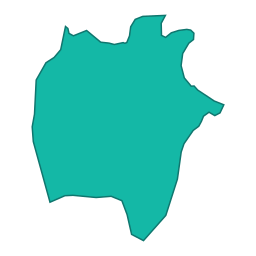 outline of Ekiti
{"feature_id": "NGA-2854", "entity_name": "Ekiti", "entity_type": "State", "adm_level": 1, "iso_a3": "NGA", "parent_name": "Nigeria", "parent_adm1": "", "projection": "equal_earth", "projection_center": [5.414, 7.675], "detail": "fine", "context": "isolated", "style": "filled", "palette": "teal", "viewbox_px": 256, "rotation_deg": 0, "n_neighbors": 0, "source": "natural_earth", "source_scale": "10m", "svg_char_len": 823}
<svg xmlns="http://www.w3.org/2000/svg" viewBox="0 0 256 256"><path d="M165.4,15.4L161.2,23.3L161.5,35.4L165.6,37.4L171.3,32.8L178.9,30.4L186.8,29.4L190.7,30.1L193.9,33.2L193.5,39.5L188.8,43.2L182.7,53.5L181.1,65.6L184.3,77.9L191.2,86.2L194.1,86.0L197.6,90.0L214.2,101.0L223.8,104.8L220.0,112.9L214.8,115.6L209.0,112.2L203.5,116.2L201.4,121.4L198.8,126.2L193.2,130.4L184.0,143.7L181.2,152.0L177.4,179.1L165.8,215.4L143.5,240.6L131.6,234.4L127.1,214.6L121.9,200.7L111.2,196.3L96.1,197.5L72.9,195.3L64.9,195.7L50.0,202.2L33.3,141.6L32.2,126.8L34.5,114.2L36.2,80.0L46.0,62.7L54.1,57.5L60.7,49.7L65.5,26.5L67.9,28.5L69.0,33.4L73.4,35.8L86.6,30.5L100.7,42.2L109.0,43.1L114.3,44.5L123.2,42.6L124.9,43.3L126.8,42.5L129.5,35.9L130.7,26.8L135.2,19.4L142.7,16.4L165.4,15.4Z" fill="#14b8a6" stroke="#0f766e" stroke-width="1.5"/></svg>